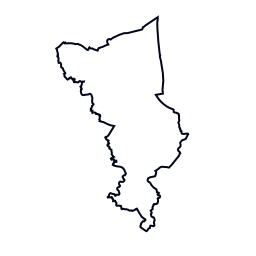 Tha Wung, Lop Buri, Thailand, rotated 351°
{"feature_id": "78962969B60837596961225", "entity_name": "Tha Wung", "entity_type": "district", "adm_level": 2, "iso_a3": "THA", "parent_name": "Thailand", "parent_adm1": "Lop Buri", "projection": "mercator", "projection_center": [100.49, 14.806], "detail": "fine", "context": "isolated", "style": "outline", "palette": "ink", "viewbox_px": 256, "rotation_deg": 351, "n_neighbors": 0, "source": "geoboundaries", "source_scale": "gbopen_adm2", "svg_char_len": 5890}
<svg xmlns="http://www.w3.org/2000/svg" viewBox="0 0 256 256"><g transform="rotate(351 128 128)"><path d="M69.6,38.3L70.1,39.8L70.1,41.5L70.4,42.9L70.3,44.7L69.9,44.8L69.5,46.2L70.1,46.4L70.0,47.0L70.2,47.6L70.3,48.7L69.9,50.3L69.6,50.7L69.8,51.2L69.7,51.8L69.7,52.8L71.1,52.9L71.4,53.1L71.7,53.6L71.9,55.1L71.5,56.8L71.7,57.7L72.7,58.6L73.0,59.0L73.2,60.7L74.6,63.9L73.2,64.6L73.7,65.4L73.5,66.4L73.3,66.8L73.7,67.6L75.8,70.7L76.8,70.4L77.6,69.8L78.1,69.9L78.3,69.4L78.9,69.3L79.5,69.0L80.8,71.3L81.8,70.8L82.6,71.0L82.9,71.4L82.9,71.9L82.2,73.2L81.7,73.3L81.8,74.2L83.0,74.5L83.9,74.5L85.5,75.1L86.2,75.0L87.2,74.2L87.8,74.1L89.1,75.0L91.7,75.2L91.6,75.4L90.0,75.5L88.6,79.0L87.5,79.7L88.3,81.4L88.4,82.3L88.3,82.5L87.6,82.5L87.6,83.2L87.1,84.4L87.1,85.1L87.3,86.6L87.6,87.7L88.8,88.5L93.0,88.6L93.7,88.7L95.6,88.3L96.4,88.6L97.1,89.8L97.2,91.0L97.4,91.8L97.5,93.0L96.8,95.6L96.6,97.4L96.7,97.7L97.0,98.0L97.7,99.1L96.2,100.6L95.9,100.6L95.3,102.3L94.5,103.2L94.3,103.2L94.2,103.9L94.4,104.0L94.0,105.0L95.1,105.3L95.2,105.5L95.5,105.5L95.2,106.5L95.2,107.4L96.2,107.1L98.4,107.9L98.4,108.3L98.6,108.4L98.7,109.2L100.5,109.5L100.7,109.9L101.4,110.1L102.1,110.6L101.8,111.0L102.2,111.3L102.0,111.7L102.4,112.0L102.1,112.5L101.8,113.2L101.7,113.2L101.6,114.2L101.0,114.9L101.5,115.9L101.0,116.8L104.8,118.4L108.3,120.9L110.8,122.4L114.7,123.9L107.6,132.1L106.4,133.1L105.6,133.3L104.7,133.3L104.1,133.7L104.0,134.0L104.7,134.7L104.7,135.7L104.9,136.0L105.4,136.5L105.9,136.7L106.8,137.4L106.2,138.3L106.1,138.7L106.6,139.8L106.9,140.1L106.9,140.4L106.1,140.8L105.5,140.9L105.1,141.4L105.0,142.0L105.3,142.7L106.1,143.0L106.2,143.6L106.8,144.1L106.8,144.5L106.4,145.1L106.4,145.4L107.6,146.4L108.3,147.2L108.0,148.4L108.2,150.1L107.9,150.7L107.8,151.5L108.8,153.4L109.5,154.3L108.3,154.5L108.0,154.8L107.0,155.1L106.4,155.7L106.5,156.3L107.0,156.8L108.0,156.4L108.5,156.4L108.7,156.9L109.2,157.0L109.2,157.6L109.3,157.9L111.3,158.5L111.3,159.2L111.2,159.6L110.5,159.4L108.6,159.6L108.5,160.8L107.6,161.1L107.2,162.1L108.6,163.1L109.6,163.5L110.7,164.0L114.4,165.1L116.0,166.1L117.0,167.2L117.8,168.8L118.3,171.1L118.8,172.6L117.8,174.0L117.5,174.2L116.5,174.1L115.6,174.7L115.1,175.2L115.1,175.7L115.6,177.6L116.0,177.8L116.3,178.3L116.3,179.1L116.1,179.5L115.2,180.2L114.7,180.4L113.6,180.3L111.9,179.7L111.6,179.8L110.9,180.2L110.5,181.1L110.4,181.8L110.5,182.6L111.1,183.5L111.0,184.1L110.2,184.7L108.5,185.2L108.0,185.7L107.8,186.2L107.9,187.0L108.9,188.5L109.3,191.1L109.2,191.7L108.8,192.3L108.1,192.5L106.6,192.1L106.1,192.1L105.7,192.3L105.3,192.9L104.8,193.0L104.5,192.4L104.5,191.8L104.2,191.2L102.7,190.8L100.7,189.7L100.4,189.6L99.8,190.0L98.9,191.0L98.5,192.1L97.1,193.1L96.4,193.4L97.5,193.4L99.8,193.8L100.8,193.7L100.9,194.2L101.5,194.3L101.6,194.7L101.4,195.1L101.4,195.3L101.6,195.6L102.0,195.8L102.2,196.4L101.9,197.9L103.9,197.9L104.1,198.9L104.8,199.9L104.6,201.1L104.3,202.1L104.4,202.6L104.7,203.0L105.0,203.1L106.7,203.2L107.7,203.6L108.7,203.8L108.9,204.3L108.9,206.8L109.2,207.2L109.4,207.2L110.1,206.9L111.5,207.4L112.5,207.9L113.8,208.0L115.5,208.9L116.3,209.7L117.0,209.9L118.5,209.9L119.0,210.5L119.3,210.6L122.0,209.9L123.4,209.1L124.2,209.1L124.4,210.4L125.0,210.9L125.3,212.4L127.7,217.9L129.8,220.2L130.7,220.8L130.8,221.3L130.8,221.7L130.2,222.0L129.4,222.7L129.1,222.8L128.3,222.4L126.2,224.1L126.0,224.4L125.7,225.5L124.9,226.7L124.8,227.6L124.9,227.9L127.0,230.1L129.4,232.3L130.2,232.8L131.3,232.0L132.5,230.5L133.9,230.3L134.1,229.5L134.5,228.8L134.8,228.0L136.1,228.2L137.6,229.0L138.2,228.9L138.9,228.3L138.8,225.2L139.2,224.5L139.5,223.8L139.9,223.4L139.9,222.0L139.6,220.6L138.9,220.1L138.3,220.0L137.2,218.7L137.2,216.5L137.9,215.9L138.2,215.4L137.5,213.1L139.7,211.9L139.7,210.7L140.0,209.8L140.6,209.1L141.0,208.3L141.0,208.0L141.2,207.7L141.6,207.5L141.9,207.2L142.4,207.6L143.1,207.3L144.3,207.4L145.0,207.2L145.4,206.5L145.9,206.2L146.4,203.9L146.3,202.2L146.8,201.9L148.3,201.8L149.0,200.9L149.0,200.2L148.8,199.8L147.2,199.1L146.8,198.6L146.9,198.2L148.0,197.7L148.4,197.1L148.1,196.6L147.0,196.4L146.5,196.0L146.5,195.5L146.6,193.6L146.4,193.0L143.9,190.7L142.2,188.0L141.3,185.6L139.7,184.1L139.2,183.4L139.2,182.6L139.9,181.0L141.9,180.2L142.7,180.1L146.1,180.0L147.4,179.7L148.2,178.0L149.0,176.0L148.9,175.5L148.3,174.7L150.9,173.5L153.5,172.0L154.4,171.6L155.3,171.6L157.2,172.0L160.2,172.7L162.3,173.5L165.5,171.1L174.1,163.3L175.1,161.4L175.7,161.1L175.4,160.0L174.3,158.6L174.0,158.0L174.0,156.9L174.5,156.1L176.5,154.8L176.9,154.4L177.3,153.1L177.2,151.4L177.2,150.8L177.4,150.4L179.8,148.4L181.0,148.4L183.4,147.7L186.0,144.0L186.5,143.5L186.3,143.0L184.8,142.7L182.0,142.6L180.6,142.1L180.1,141.4L180.3,140.3L180.0,139.1L179.5,139.1L179.5,137.3L179.3,137.2L179.3,136.5L179.1,136.5L179.1,135.8L178.7,135.0L179.1,133.0L178.6,130.7L178.7,130.3L179.5,129.3L179.8,128.5L179.9,126.0L180.3,124.2L180.3,123.5L180.1,122.9L180.3,122.4L180.2,122.0L179.4,121.2L178.8,121.1L177.9,120.3L176.5,120.0L175.9,119.5L175.7,119.4L175.9,117.1L175.2,116.5L171.6,114.3L169.8,112.9L166.9,110.0L164.6,107.1L163.2,104.9L161.6,101.7L160.7,99.6L167.9,99.5L168.0,95.9L170.1,87.6L170.4,85.5L171.0,79.3L171.0,66.7L170.7,63.5L170.7,62.0L171.1,61.6L170.9,61.0L171.0,60.0L170.9,59.3L171.5,47.0L172.6,34.5L173.3,29.0L174.5,24.5L174.7,23.2L161.1,29.5L159.3,30.7L158.5,30.8L157.7,32.5L157.3,32.9L142.3,34.2L139.3,33.8L138.6,33.8L134.2,34.6L128.3,36.2L126.8,36.7L124.7,37.9L123.8,37.2L122.5,37.3L121.4,38.0L120.9,39.1L120.9,40.1L121.0,40.9L121.6,42.5L118.6,43.0L115.2,44.0L114.1,44.0L113.0,44.4L111.6,44.5L111.2,44.9L110.1,46.8L106.3,44.8L105.3,43.9L104.2,43.7L103.3,43.4L102.5,42.3L101.8,43.1L101.1,44.4L100.7,44.6L100.3,44.6L99.5,44.1L99.0,43.4L95.8,40.0L94.5,38.9L92.7,37.9L92.0,37.2L89.4,37.0L87.6,36.2L85.6,35.5L83.2,35.1L80.0,34.7L79.8,34.6L79.5,33.9L78.5,34.4L77.9,33.3L76.7,33.9L72.5,37.0L69.6,38.3Z" fill="none" stroke="#020617" stroke-width="2"/></g></svg>